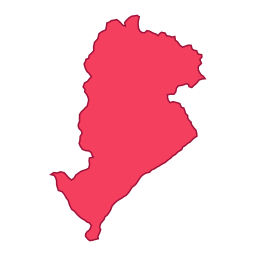 Belo Horizonte, Minas Gerais, Brazil
{"feature_id": "56859067B79938769509019", "entity_name": "Belo Horizonte", "entity_type": "district", "adm_level": 2, "iso_a3": "BRA", "parent_name": "Brazil", "parent_adm1": "Minas Gerais", "projection": "orthographic", "projection_center": [-43.962, -19.918], "detail": "fine", "context": "isolated", "style": "filled", "palette": "rose", "viewbox_px": 256, "rotation_deg": 0, "n_neighbors": 0, "source": "geoboundaries", "source_scale": "gbopen_adm2", "svg_char_len": 2775}
<svg xmlns="http://www.w3.org/2000/svg" viewBox="0 0 256 256"><path d="M139.3,16.8L137.0,15.4L134.2,15.9L131.7,16.2L129.0,17.9L126.3,20.5L124.7,22.5L125.3,26.0L122.7,25.2L120.6,22.8L118.8,21.1L116.7,19.6L114.5,20.1L111.3,20.6L109.5,22.0L106.9,23.0L106.4,26.7L105.7,29.9L101.7,31.7L99.0,33.7L98.5,36.1L97.7,38.9L94.5,42.4L93.6,47.2L93.8,50.7L91.4,53.4L89.2,55.3L88.6,58.3L86.0,59.3L85.3,61.9L84.1,63.9L84.9,66.9L85.8,69.3L86.9,71.4L89.3,73.7L91.4,76.8L89.5,78.7L87.5,81.4L84.6,82.9L83.1,86.9L85.0,89.3L84.7,91.7L86.9,94.8L88.1,97.4L88.7,100.0L88.0,103.1L87.1,106.3L85.3,107.7L83.7,109.7L81.5,111.6L79.6,114.5L79.5,118.6L79.6,121.2L78.5,123.8L78.2,126.1L79.1,128.6L81.5,130.9L82.0,133.5L80.2,136.4L79.9,140.8L79.1,143.4L80.4,146.3L82.4,149.3L85.8,150.6L88.9,150.9L91.2,152.5L92.1,155.1L93.2,157.2L89.4,158.0L89.1,161.2L89.6,164.3L88.8,168.1L86.0,169.7L83.3,170.5L80.9,171.4L78.0,173.5L75.9,175.0L74.2,178.0L71.5,180.1L68.5,177.6L66.2,174.9L64.2,172.7L60.4,171.8L57.4,173.0L53.7,172.6L50.9,174.6L54.1,175.3L55.8,177.9L56.6,180.9L56.6,184.3L57.3,187.1L58.4,190.4L62.2,191.7L64.7,194.9L66.0,197.5L68.1,200.3L69.7,205.3L71.6,209.2L74.5,211.3L77.1,214.4L79.6,216.8L82.1,218.7L84.6,220.0L86.7,221.8L89.4,222.9L91.4,225.6L89.7,229.7L87.0,231.9L85.7,234.0L85.5,236.3L87.7,239.0L89.7,240.6L92.3,240.3L95.3,239.4L98.3,238.7L97.8,236.5L99.4,233.2L100.7,229.6L99.6,227.4L100.1,225.2L101.0,223.0L102.6,221.1L104.1,219.4L104.8,216.9L107.0,215.3L108.6,213.2L110.6,209.9L112.0,206.1L114.3,203.5L116.7,201.2L119.3,199.5L121.6,198.2L123.7,196.7L126.3,195.2L129.0,192.1L132.1,187.2L134.6,185.4L136.2,183.7L137.7,181.4L140.8,176.8L142.7,175.0L145.6,173.2L149.6,172.2L151.6,169.9L154.2,168.9L156.6,167.3L159.2,165.9L162.0,164.1L165.1,162.5L168.1,159.9L170.8,158.0L172.5,156.1L175.3,154.5L178.0,151.8L181.6,149.7L182.7,147.0L184.9,145.8L187.6,143.4L190.0,142.1L191.8,140.2L193.9,138.1L196.9,136.2L196.7,133.3L195.9,130.2L193.5,127.5L191.5,124.6L191.1,122.2L189.3,120.5L187.7,118.3L187.7,115.6L185.5,113.4L184.6,110.2L183.8,108.0L181.4,107.4L179.8,103.6L176.7,102.6L173.1,101.7L169.9,102.6L168.3,100.4L167.5,97.6L167.5,94.7L170.5,94.2L174.0,94.2L175.8,91.8L176.5,88.0L178.5,85.8L180.8,85.5L184.0,84.7L186.4,83.7L188.5,84.5L189.1,86.7L191.8,87.5L194.1,85.3L196.0,83.7L197.7,81.8L199.2,79.9L202.7,78.9L205.1,78.7L203.3,76.3L201.0,74.7L199.3,72.1L198.2,69.5L198.4,66.3L201.4,63.5L199.9,59.3L201.9,57.1L201.6,54.7L198.1,54.1L196.6,50.7L193.8,50.2L192.0,48.8L191.1,45.3L188.1,45.2L185.4,46.2L182.6,47.1L180.1,45.5L177.7,42.1L175.3,40.1L174.8,36.5L172.2,37.2L169.7,36.2L166.7,35.8L165.0,33.0L161.4,32.3L159.4,33.9L158.0,35.6L156.1,34.1L152.9,33.0L149.6,31.2L146.9,30.6L144.8,32.7L142.1,32.6L140.0,31.2L138.6,28.5L138.1,25.0L138.2,21.3L139.3,16.8Z" fill="#f43f5e" stroke="#9f1239" stroke-width="1.5"/></svg>